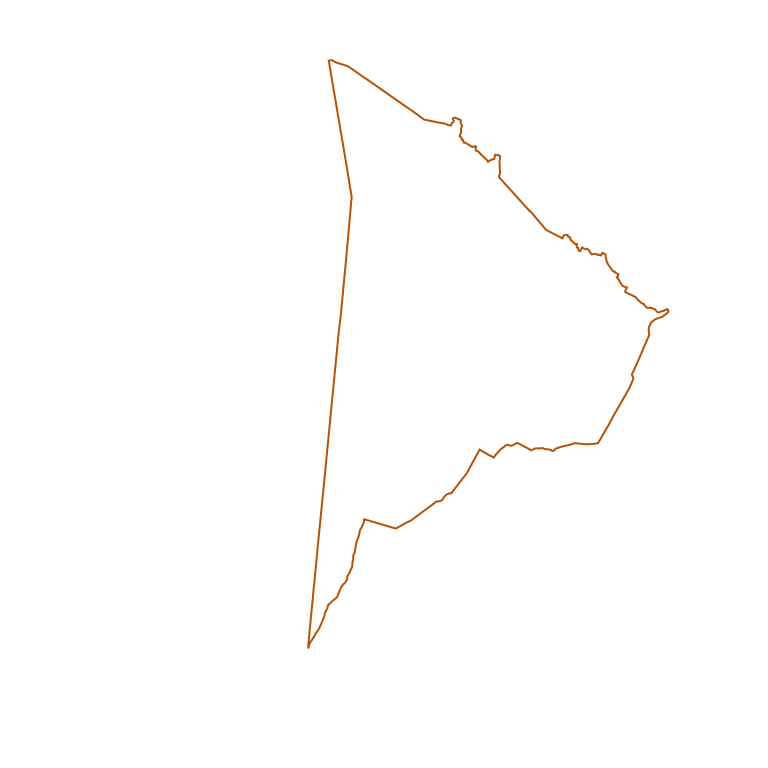 Moyale, Eastern, Kenya, rotated 31°
{"feature_id": "3690345B29556459221230", "entity_name": "Moyale", "entity_type": "district", "adm_level": 2, "iso_a3": "KEN", "parent_name": "Kenya", "parent_adm1": "Eastern", "projection": "orthographic", "projection_center": [39.031, 2.902], "detail": "fine", "context": "isolated", "style": "outline", "palette": "amber", "viewbox_px": 768, "rotation_deg": 31, "n_neighbors": 0, "source": "geoboundaries", "source_scale": "gbopen_adm2", "svg_char_len": 6153}
<svg xmlns="http://www.w3.org/2000/svg" viewBox="0 0 768 768"><g transform="rotate(31 384 384)"><path d="M451.9,580.3L451.9,579.8L452.1,579.1L452.1,577.5L452.1,577.1L452.2,576.8L452.3,576.4L452.7,575.7L452.9,574.6L453.1,572.1L453.0,570.9L453.0,570.5L452.9,570.3L452.5,569.5L452.1,568.8L451.7,567.8L451.6,566.6L451.6,563.6L451.6,562.9L451.3,561.5L451.1,559.5L451.0,558.2L450.8,556.9L450.6,556.3L450.3,555.7L449.6,554.8L449.3,554.3L449.1,553.8L448.5,552.3L448.3,551.4L448.2,550.8L448.0,550.4L446.3,547.4L445.8,546.2L445.8,545.0L445.8,543.9L445.7,543.6L445.5,543.0L444.5,540.7L443.7,538.5L442.8,536.5L442.5,535.5L441.7,533.3L441.5,532.2L441.4,530.4L440.9,528.9L440.5,526.3L440.2,525.7L439.7,524.7L439.5,524.4L439.3,523.5L438.8,521.6L438.6,520.7L438.7,519.8L438.5,516.6L438.0,513.2L437.6,512.1L436.7,510.1L444.0,508.2L452.1,506.1L454.7,505.4L460.4,503.9L463.9,503.1L466.1,502.4L467.0,502.1L468.7,501.7L469.5,500.1L473.8,492.8L474.8,491.0L475.9,489.5L477.5,487.0L479.1,483.1L479.9,480.9L485.5,467.6L485.9,466.5L487.4,463.1L488.4,460.4L489.1,458.4L489.3,458.1L490.1,457.2L492.1,455.8L492.7,455.1L493.1,454.5L493.4,453.8L493.5,453.3L493.6,453.0L493.6,450.3L493.8,449.2L494.2,447.7L494.7,446.4L495.3,445.4L496.1,444.3L497.1,443.4L498.1,442.8L498.1,442.2L498.2,440.7L499.7,428.3L499.9,426.2L500.9,418.3L500.9,416.7L499.8,392.9L499.8,390.9L503.9,391.0L507.3,390.9L509.9,390.9L511.8,390.8L513.6,390.5L514.2,390.5L516.0,390.5L516.2,387.4L516.3,386.4L516.8,384.4L517.3,381.6L517.4,380.9L517.7,379.6L518.2,378.4L518.8,377.1L519.2,376.2L520.0,373.8L520.5,373.1L521.2,372.5L522.1,372.2L523.1,372.1L523.8,371.9L524.1,371.8L524.6,371.5L525.1,371.1L525.4,370.8L525.9,370.2L527.2,367.9L527.7,367.2L528.6,366.1L528.8,365.9L529.1,365.8L529.9,365.7L530.7,365.6L535.2,365.4L540.9,365.1L544.4,365.0L545.4,363.6L546.1,362.3L546.7,361.5L547.0,361.2L547.5,360.8L548.0,360.5L549.9,359.5L550.8,358.9L552.1,357.8L553.1,357.2L553.7,357.0L555.0,357.0L555.4,356.9L558.2,355.6L559.7,355.0L560.9,354.7L561.4,354.7L562.2,354.8L562.6,354.8L563.0,354.5L563.6,354.1L564.1,353.6L564.2,353.2L564.2,351.5L564.3,351.2L565.6,349.7L566.6,348.4L569.9,344.8L572.8,342.2L575.1,339.9L576.3,338.6L577.9,336.6L578.2,336.4L585.4,333.0L586.4,332.5L588.2,331.5L589.2,331.0L590.7,330.1L592.7,328.5L594.7,327.2L596.6,325.6L597.5,324.9L597.8,324.7L597.9,319.0L597.7,314.8L597.7,309.0L597.6,301.3L597.1,293.4L597.0,288.4L596.8,277.2L596.4,262.2L596.4,261.1L596.0,257.7L595.4,253.4L595.2,252.1L594.9,251.0L594.7,250.7L593.9,249.9L592.2,248.7L591.6,248.0L591.5,247.7L591.3,245.9L591.1,243.1L590.9,241.9L590.7,240.0L590.6,238.9L589.7,232.1L589.3,228.8L587.5,216.3L587.4,214.7L587.1,213.2L586.3,206.7L586.0,205.6L585.4,204.3L584.9,203.6L583.8,202.6L583.7,202.3L581.9,199.1L581.8,198.2L581.7,196.8L581.5,195.7L581.3,194.6L581.3,193.6L581.4,193.1L582.3,190.9L582.8,189.3L583.4,188.4L585.1,186.5L585.6,185.6L586.6,184.7L587.5,183.6L588.2,182.6L588.5,181.9L588.7,180.7L588.9,180.3L589.4,179.7L589.6,179.3L590.0,178.0L590.4,176.8L590.4,176.5L590.4,175.7L590.2,174.8L589.2,174.5L588.4,173.8L587.3,175.1L586.0,177.3L585.2,178.0L584.9,178.0L582.9,181.0L581.5,181.5L580.6,181.5L578.9,180.7L577.6,180.5L575.5,180.8L573.7,181.2L570.5,183.0L569.7,183.3L569.3,183.1L567.6,182.5L566.8,182.5L566.2,182.2L565.6,181.6L564.1,182.0L562.2,181.9L560.4,181.4L558.4,181.1L557.1,180.8L556.5,180.5L556.2,180.3L555.0,179.9L553.3,180.0L552.7,180.1L549.1,180.4L545.9,180.8L544.7,180.9L543.4,180.8L542.9,180.3L542.7,178.1L542.6,176.3L541.6,176.2L539.6,176.9L538.3,177.0L536.5,176.5L533.4,174.9L531.5,173.6L529.8,172.9L529.5,173.1L529.1,173.0L528.7,172.6L528.7,171.9L528.9,171.1L528.8,169.6L528.3,169.6L528.0,169.4L527.3,169.2L526.1,169.5L525.2,169.4L524.7,169.2L523.9,168.9L523.5,169.0L522.8,169.3L522.1,169.3L520.3,168.6L517.4,167.3L513.7,165.7L512.6,164.9L510.9,163.3L509.8,162.1L508.4,160.8L508.0,160.1L507.8,159.6L506.9,158.8L506.5,158.8L505.9,158.9L505.5,159.0L505.0,158.9L503.8,158.9L503.7,160.1L503.7,161.9L503.6,162.2L503.2,162.3L502.4,162.3L501.9,162.4L501.7,162.7L501.5,163.0L501.3,163.2L500.8,163.3L500.5,163.2L499.4,163.2L498.3,163.7L497.5,164.0L496.2,165.0L495.5,165.8L494.9,165.8L493.7,165.2L492.1,164.7L491.3,164.0L488.6,163.5L487.4,164.8L483.6,164.9L483.7,169.1L483.2,169.4L482.6,169.5L482.0,169.3L481.4,168.8L480.5,167.3L478.9,167.7L477.4,164.7L475.8,165.9L473.9,164.9L472.9,165.1L470.8,164.5L469.6,164.3L468.9,163.7L469.1,163.3L467.8,162.3L466.0,162.9L464.9,161.8L463.8,162.0L461.7,164.1L461.6,165.2L462.0,167.2L451.1,168.0L443.1,168.4L438.0,166.4L430.1,163.9L423.1,161.3L420.2,160.5L419.8,160.8L406.2,156.6L378.0,148.1L376.0,147.4L375.1,145.2L375.3,144.0L368.4,133.9L366.8,130.0L366.2,129.1L364.3,128.9L361.3,130.2L362.5,134.3L359.9,137.3L358.7,140.0L356.4,138.9L349.4,137.4L344.3,136.0L342.8,136.7L341.7,135.8L341.0,134.2L340.8,133.1L339.6,133.3L339.1,133.7L338.9,134.0L338.6,134.1L338.1,134.7L337.7,135.4L329.2,135.3L328.3,136.0L327.4,135.2L326.9,135.2L325.6,133.9L324.7,134.5L323.4,132.8L321.5,132.8L320.9,132.1L320.8,129.5L318.4,125.1L318.1,122.7L315.3,120.7L314.0,118.3L307.9,119.0L306.2,120.6L307.1,121.9L308.4,122.7L308.5,123.9L307.9,124.9L308.0,126.8L308.3,127.8L305.7,129.1L302.1,129.5L293.6,132.7L282.1,136.7L269.3,135.5L259.0,134.9L237.6,133.4L216.3,131.9L207.3,131.4L198.9,130.8L191.7,130.3L189.3,130.3L185.9,131.0L178.2,132.9L176.5,133.2L175.4,133.1L172.3,133.3L170.1,135.3L241.9,219.0L260.3,240.8L262.1,244.9L264.2,249.1L288.8,299.7L299.7,322.7L301.9,327.1L310.6,345.4L312.7,349.8L316.9,359.5L350.4,430.0L383.6,499.7L412.3,560.4L418.1,572.3L420.9,578.3L426.4,589.7L428.7,594.8L433.3,604.3L435.5,608.9L437.5,613.2L448.4,636.0L451.5,642.3L453.4,646.6L455.3,649.7L455.2,649.2L454.8,648.0L454.4,646.6L454.0,645.7L453.9,644.5L453.9,643.4L453.8,642.9L454.0,641.3L454.1,636.6L454.1,634.9L453.9,632.5L454.2,630.2L454.3,628.4L454.3,626.3L454.1,625.2L453.8,622.9L453.6,621.4L453.5,620.1L453.0,616.7L452.3,613.4L451.1,610.1L451.0,605.6L450.9,605.2L450.3,603.6L450.1,602.3L450.0,601.7L450.1,601.4L450.7,600.0L450.9,599.6L451.2,597.7L451.5,596.7L452.6,593.5L453.1,592.4L453.4,591.3L453.5,590.9L453.5,590.1L452.5,585.1L452.3,582.8L452.3,582.3L452.0,581.2L451.9,580.3Z" fill="none" stroke="#b45309" stroke-width="2"/></g></svg>